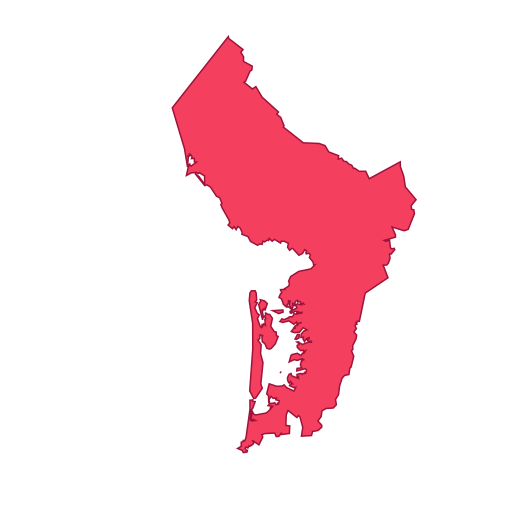 Western Bay of Plenty District, Bay of Plenty, New Zealand (orthographic projection), rotated 218°
{"feature_id": "76426892B94819834972279", "entity_name": "Western Bay of Plenty District", "entity_type": "district", "adm_level": 2, "iso_a3": "NZL", "parent_name": "New Zealand", "parent_adm1": "Bay of Plenty", "projection": "orthographic", "projection_center": [176.081, -37.7], "detail": "fine", "context": "isolated", "style": "filled", "palette": "rose", "viewbox_px": 512, "rotation_deg": 218, "n_neighbors": 0, "source": "geoboundaries", "source_scale": "gbopen_adm2", "svg_char_len": 6152}
<svg xmlns="http://www.w3.org/2000/svg" viewBox="0 0 512 512"><g transform="rotate(218 256 256)"><path d="M101.1,188.3L105.0,191.9L105.6,197.5L110.2,205.2L112.9,212.7L112.7,216.4L109.8,219.8L113.0,225.4L112.7,227.0L117.2,237.1L122.4,240.1L122.2,242.1L124.6,244.8L126.1,252.2L128.0,255.6L132.1,256.5L132.2,260.6L134.9,261.9L135.4,263.1L134.5,264.3L136.2,265.1L135.4,265.6L136.0,267.0L134.3,268.1L147.1,294.0L138.6,320.1L150.1,327.1L147.4,329.4L147.3,331.9L148.9,336.6L152.0,339.8L150.7,340.8L150.6,346.5L151.9,347.1L153.2,345.3L155.1,345.2L160.3,350.5L163.0,347.4L164.6,347.2L157.7,356.7L159.2,358.6L166.7,362.6L154.8,367.1L152.5,370.7L157.2,386.9L160.1,389.6L162.3,388.6L164.7,391.3L164.5,398.9L180.9,402.4L188.7,409.8L197.2,415.3L200.3,419.0L214.4,386.6L221.7,390.3L227.0,386.2L232.2,386.0L232.9,385.0L236.5,386.5L239.0,385.6L242.9,386.1L245.0,384.8L248.8,385.8L250.9,383.0L252.6,385.9L262.8,382.8L269.6,385.5L275.6,383.5L288.4,374.3L313.9,374.4L314.1,375.9L321.8,380.4L327.0,380.5L326.9,383.3L349.0,384.9L360.4,389.4L361.7,385.4L372.5,385.5L371.8,387.3L374.5,397.9L373.8,400.1L375.9,403.3L385.6,401.6L388.4,405.3L393.4,407.2L393.3,410.7L411.3,410.6L412.9,411.9L413.2,321.2L378.5,296.6L364.7,283.9L370.6,292.8L371.8,292.8L370.5,293.1L371.4,295.1L370.8,295.7L369.8,294.3L369.1,295.5L367.3,294.7L366.8,293.0L364.7,294.9L362.5,292.3L360.7,293.4L362.5,286.8L363.7,287.1L364.1,285.9L364.9,287.3L365.1,286.4L360.4,276.6L358.2,281.6L354.9,284.8L352.1,285.6L351.9,286.8L345.8,287.4L340.6,280.8L349.8,283.5L354.9,283.5L339.8,279.9L338.5,281.8L334.5,282.3L324.0,278.8L320.4,279.5L315.2,276.5L315.4,274.9L312.2,273.0L299.4,267.7L297.0,265.8L297.1,263.2L291.3,263.1L291.3,265.6L287.9,264.5L288.5,268.0L285.7,268.3L281.2,265.9L280.5,264.4L274.3,266.4L269.3,264.1L261.4,265.4L260.4,267.9L258.4,268.9L259.6,272.0L257.8,272.5L257.0,275.3L255.6,276.0L256.5,277.9L252.4,277.6L251.6,280.5L244.6,281.3L245.2,283.1L242.8,285.0L238.3,285.9L236.5,282.3L233.0,281.2L232.4,284.1L231.5,284.5L222.6,283.0L220.9,286.6L221.5,291.1L219.0,291.1L219.0,289.5L217.7,288.6L215.8,290.8L213.8,290.3L213.0,287.6L207.3,286.4L204.9,284.2L204.3,285.0L204.8,279.7L212.9,270.1L216.1,261.1L214.8,256.2L212.7,254.9L211.7,252.5L213.6,247.1L213.0,247.1L216.0,244.6L212.9,242.7L213.4,241.2L212.4,237.5L209.5,237.9L204.7,234.8L200.8,234.5L199.3,235.5L201.5,236.0L201.2,238.4L202.8,240.7L201.7,241.6L198.9,237.0L196.6,237.2L197.5,236.0L194.9,235.7L195.5,238.5L197.9,241.2L195.4,241.9L196.7,243.2L196.7,245.8L195.7,246.7L194.8,245.4L193.1,247.3L191.8,246.2L189.6,247.9L188.7,247.6L190.8,246.4L190.1,245.5L193.9,243.8L195.5,240.5L193.2,241.4L191.8,240.2L195.1,233.3L194.1,232.3L192.5,232.6L193.3,232.8L193.1,234.2L191.9,234.0L191.3,236.4L189.6,237.5L188.9,236.4L188.0,238.2L185.8,238.6L185.2,240.0L184.7,239.6L185.7,238.0L188.1,236.7L187.5,235.7L190.4,233.9L189.8,230.7L192.3,228.6L192.5,226.3L192.4,227.5L194.6,223.2L196.9,222.4L196.8,219.1L194.1,220.1L190.1,225.1L184.2,225.5L183.4,229.0L181.8,227.5L181.0,229.3L179.0,231.8L180.9,229.0L180.5,226.7L182.1,225.5L182.0,222.9L180.1,223.7L181.8,222.4L181.7,218.2L178.3,219.4L174.8,222.8L174.7,228.5L170.3,229.2L172.0,226.5L172.3,222.3L170.5,219.5L168.7,221.2L168.0,219.6L165.1,218.4L165.4,222.0L163.9,224.4L163.2,223.2L164.5,222.2L164.0,221.3L161.9,221.1L159.8,223.0L159.2,222.1L161.8,220.3L165.0,214.8L167.2,214.7L167.7,213.5L169.4,214.7L170.8,213.4L167.7,213.4L168.5,210.8L167.2,209.4L162.6,208.9L160.7,210.8L158.8,209.3L159.2,211.0L158.7,211.9L158.4,209.5L159.6,208.0L159.2,205.3L163.5,204.8L166.9,200.6L167.2,199.2L164.6,192.9L162.1,197.8L159.1,199.2L156.6,203.3L153.9,204.1L155.5,202.6L154.6,201.5L156.0,202.1L153.9,197.4L151.1,196.0L154.5,192.7L153.1,190.5L147.7,197.6L145.9,197.2L145.1,195.5L145.9,194.5L144.9,193.9L146.7,192.4L146.6,191.2L148.4,191.1L150.8,187.9L149.6,186.5L147.9,187.4L148.7,186.5L147.2,185.7L154.1,183.6L156.1,185.0L157.1,183.0L156.3,179.5L154.5,177.5L152.2,176.3L151.3,176.5L151.8,178.3L148.4,177.8L150.0,176.2L149.8,174.5L145.3,175.5L143.8,177.0L143.0,172.9L151.0,171.1L154.5,171.8L155.6,169.3L159.6,166.0L166.9,163.4L162.7,153.9L160.2,153.6L155.8,148.4L155.0,148.8L157.2,150.6L157.8,154.7L154.8,154.4L152.5,156.7L151.9,154.9L148.5,156.3L147.7,154.7L148.4,153.3L147.3,153.1L148.7,151.0L150.8,151.9L154.5,147.7L154.4,145.5L150.3,147.9L150.2,146.5L151.3,146.2L151.1,144.8L150.2,144.8L151.1,138.8L158.4,130.5L160.6,130.0L163.3,131.3L159.0,123.6L157.6,125.6L155.2,126.0L158.0,123.2L159.5,123.3L165.1,131.6L164.7,133.7L167.0,140.7L169.0,139.4L170.0,140.6L172.0,138.6L166.5,131.7L152.1,106.8L151.1,103.2L152.5,102.8L152.0,101.6L153.0,100.2L150.5,96.9L152.0,93.0L147.3,94.3L144.9,93.3L142.4,95.9L143.1,97.6L144.3,96.9L146.2,97.9L146.1,99.5L144.2,99.7L144.6,102.2L143.7,102.2L142.5,105.5L142.7,107.6L145.6,108.4L137.4,109.0L139.2,117.5L141.3,118.7L139.9,121.3L132.3,128.0L128.9,126.2L127.0,127.8L127.0,131.7L126.1,131.0L120.4,136.7L124.8,142.9L128.2,140.9L134.4,149.5L135.7,154.0L124.3,153.9L124.3,156.4L122.3,156.3L113.6,149.7L109.3,142.0L101.7,148.7L103.4,152.5L99.7,156.7L98.8,161.6L100.0,163.1L105.6,164.1L105.8,169.6L108.7,174.6L106.9,179.0L101.5,183.8L101.1,188.3ZM201.5,181.0L177.9,145.8L170.1,142.3L168.8,143.8L169.6,155.6L173.4,158.1L184.8,176.2L192.3,181.9L197.2,189.1L202.9,191.1L202.1,193.2L204.4,196.3L201.1,197.6L202.2,196.6L198.2,192.3L195.1,192.4L190.7,190.0L188.1,190.9L187.1,192.4L186.7,198.7L189.0,206.3L190.9,205.7L193.2,208.5L195.3,207.7L201.1,209.7L204.7,217.0L209.3,218.4L210.5,217.4L213.3,217.1L213.4,216.8L212.4,216.3L212.0,213.3L209.9,213.1L210.0,211.5L206.0,207.2L208.0,207.4L207.6,205.1L209.3,206.4L207.6,203.0L208.9,202.9L216.3,207.5L217.2,211.6L219.7,211.6L225.2,214.5L226.2,220.0L228.3,219.3L228.4,221.8L233.3,227.1L235.3,228.1L238.2,225.7L238.0,223.1L233.8,216.6L217.2,200.9L201.5,181.0ZM224.0,219.4L211.5,209.7L212.9,212.7L217.7,216.9L217.2,219.1L216.5,218.5L216.6,220.7L216.0,220.2L217.8,225.5L221.6,225.9L225.7,224.2L224.6,223.5L224.0,219.4ZM209.2,223.2L202.6,224.6L200.1,228.5L201.6,230.0L209.2,223.2ZM174.1,214.6L172.7,215.3L171.7,218.1L173.6,220.8L175.0,219.7L174.1,214.6ZM165.1,180.5L165.0,179.7L165.0,178.5L165.0,179.7L165.1,180.5Z" fill="#f43f5e" stroke="#9f1239" stroke-width="1.5"/></g></svg>